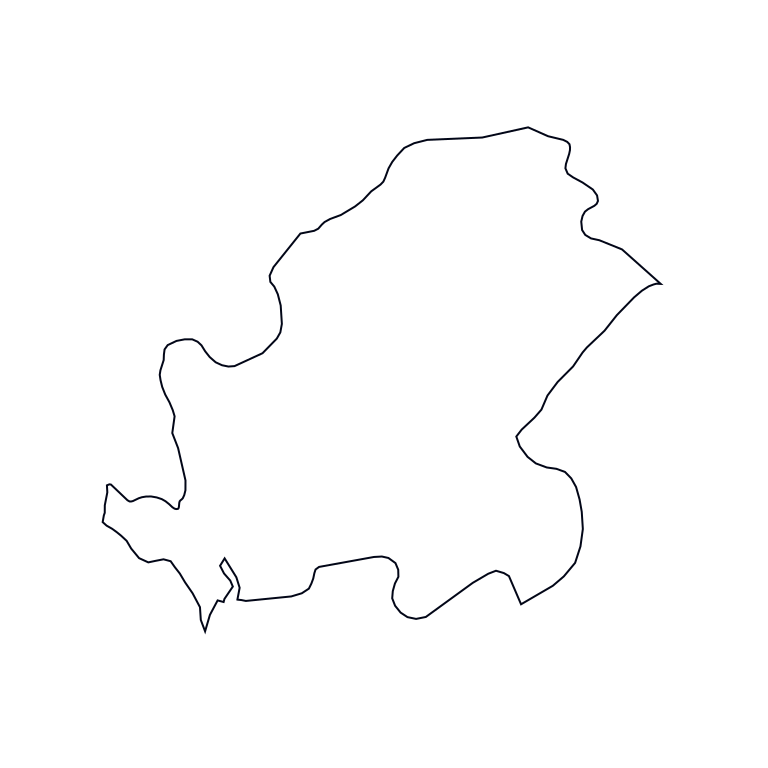 the border of Đồng Nai, rotated 15°
{"feature_id": "VNM-497", "entity_name": "Đồng Nai", "entity_type": "Province", "adm_level": 1, "iso_a3": "VNM", "parent_name": "Vietnam", "parent_adm1": "", "projection": "mercator", "projection_center": [107.117, 11.067], "detail": "fine", "context": "isolated", "style": "outline", "palette": "ink", "viewbox_px": 768, "rotation_deg": 15, "n_neighbors": 0, "source": "natural_earth", "source_scale": "10m", "svg_char_len": 2708}
<svg xmlns="http://www.w3.org/2000/svg" viewBox="0 0 768 768"><g transform="rotate(15 384 384)"><path d="M282.8,636.1L279.3,636.1L275.6,652.1L275.2,669.2L268.1,659.3L264.0,647.2L253.3,635.7L243.2,627.1L235.8,619.9L229.3,615.0L223.8,610.4L216.4,610.4L209.0,614.0L202.5,617.3L192.5,615.6L182.4,608.4L176.0,602.1L169.2,598.5L164.0,596.2L158.8,594.2L152.7,592.6L148.0,590.2L147.4,583.4L147.6,580.7L145.7,573.4L144.8,560.3L142.6,553.6L144.7,552.0L146.3,551.8L166.3,562.7L168.6,563.3L170.0,563.0L171.7,562.1L176.7,557.8L179.5,556.0L183.5,554.2L188.3,552.9L193.8,552.4L199.1,552.7L203.3,553.8L207.6,555.7L211.5,557.8L213.9,558.6L215.6,558.6L216.7,558.2L217.5,557.7L217.7,556.9L217.7,555.8L217.0,551.7L217.0,550.2L217.5,549.1L218.4,547.9L219.2,546.5L219.8,543.0L219.7,538.0L217.2,528.5L201.7,499.2L192.2,486.2L190.1,469.4L186.7,463.9L181.5,457.2L175.4,450.8L170.5,444.2L167.2,438.2L165.0,433.2L164.5,428.6L165.0,417.9L163.8,412.6L163.1,407.4L165.0,402.4L172.4,396.1L180.0,392.4L187.3,390.5L193.0,391.4L197.7,393.9L202.8,398.7L208.7,403.1L215.8,406.6L222.7,407.8L229.2,407.4L235.0,405.4L258.7,385.7L268.7,367.9L270.5,361.0L269.8,352.4L263.9,334.9L258.2,324.8L252.8,318.3L247.8,314.8L245.5,309.0L247.0,299.7L264.3,260.3L276.9,254.1L280.3,251.0L282.7,246.1L284.7,242.9L289.3,238.5L298.5,232.0L310.1,220.0L316.0,212.1L321.8,201.2L329.0,192.3L331.0,188.7L331.7,184.5L332.6,174.5L334.5,167.3L337.6,159.9L342.5,150.7L350.8,143.6L362.6,137.0L415.1,120.5L456.8,98.8L478.3,102.2L493.9,101.8L498.3,102.7L501.1,104.4L502.4,107.1L503.1,110.0L503.3,113.8L502.8,124.4L503.4,128.7L507.0,133.3L513.2,135.5L523.7,138.0L535.4,142.1L541.0,146.7L543.3,151.8L542.8,154.9L541.1,157.4L535.9,162.3L533.5,165.5L532.3,170.3L532.5,176.1L535.5,184.0L539.8,187.9L546.3,189.8L554.8,189.4L579.1,192.4L625.4,215.7L621.2,216.6L618.6,218.1L614.5,221.1L609.0,227.1L603.2,235.5L591.1,257.2L583.2,275.5L570.5,296.2L567.7,302.1L562.1,318.1L551.2,337.1L544.9,352.8L542.7,368.0L538.0,377.6L528.8,392.4L525.4,400.5L531.3,409.2L541.5,417.2L551.2,421.4L562.8,422.5L572.5,421.3L581.6,422.1L589.3,426.7L596.2,433.8L602.8,444.9L608.1,456.3L613.6,472.6L615.8,490.0L614.9,507.3L607.5,523.3L599.3,535.2L573.4,561.3L554.4,537.2L548.7,535.6L540.5,535.4L533.8,540.3L521.2,553.1L484.7,598.2L475.8,602.6L467.0,603.1L459.2,600.5L452.1,595.3L447.4,588.9L446.1,581.8L446.2,573.9L447.8,566.5L445.8,559.7L441.4,554.0L433.3,550.9L426.6,551.2L419.0,553.7L368.6,577.5L365.9,580.9L365.7,584.7L366.0,590.2L365.5,595.6L364.4,601.1L358.8,607.4L349.4,613.2L306.7,629.3L302.1,629.6L298.4,630.2L298.2,630.2L297.3,618.2L291.4,608.9L275.2,593.7L272.7,602.0L278.5,608.4L286.4,613.7L290.4,618.8L285.5,632.9L285.5,636.1L282.8,636.1Z" fill="none" stroke="#020617" stroke-width="2"/></g></svg>